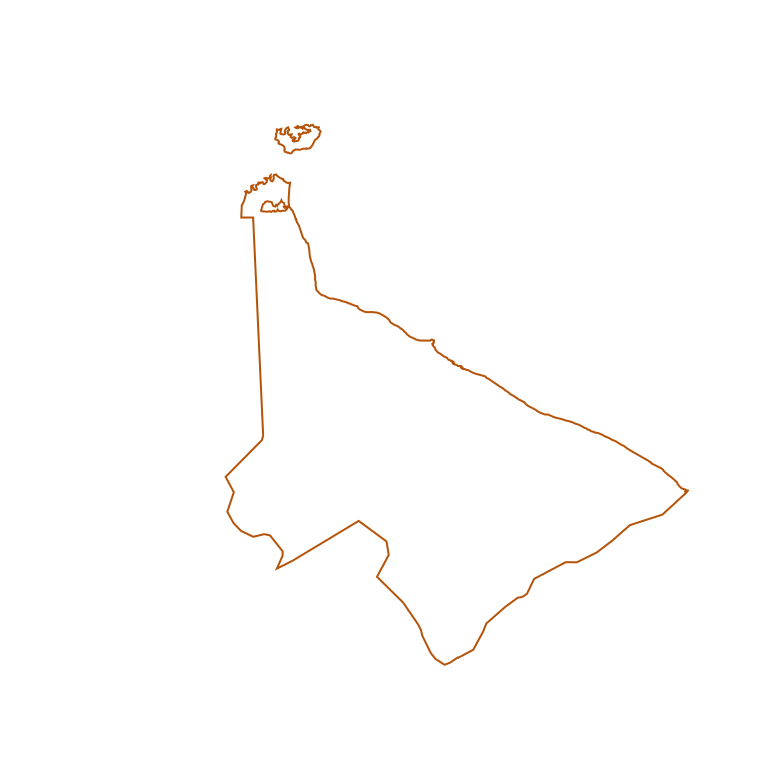 Dhubab, Ta`izz, Yemen (Mercator projection), rotated 148°
{"feature_id": "15242507B83156576087304", "entity_name": "Dhubab", "entity_type": "district", "adm_level": 2, "iso_a3": "YEM", "parent_name": "Yemen", "parent_adm1": "Ta`izz", "projection": "mercator", "projection_center": [43.427, 12.956], "detail": "fine", "context": "isolated", "style": "outline", "palette": "amber", "viewbox_px": 768, "rotation_deg": 148, "n_neighbors": 0, "source": "geoboundaries", "source_scale": "gbopen_adm2", "svg_char_len": 6143}
<svg xmlns="http://www.w3.org/2000/svg" viewBox="0 0 768 768"><g transform="rotate(148 384 384)"><path d="M374.0,130.3L359.9,139.2L324.3,136.6L314.9,130.6L292.8,128.4L273.5,130.2L250.3,134.0L217.1,125.7L185.6,131.6L185.7,133.1L184.4,134.2L183.8,132.5L184.0,132.2L182.7,132.5L182.7,132.8L183.4,133.2L183.7,132.9L183.9,133.5L183.3,134.1L183.9,133.9L184.5,134.5L184.5,135.0L187.0,137.8L187.1,139.1L187.7,140.4L188.0,144.0L187.6,145.3L189.5,152.1L191.1,156.0L192.9,161.9L192.7,163.4L193.6,165.7L199.3,175.0L199.0,175.9L200.0,177.4L200.3,178.5L209.0,194.6L212.0,200.6L213.4,204.4L215.1,207.0L217.7,212.4L220.8,216.8L221.6,218.7L224.8,223.1L225.6,225.0L228.0,228.4L229.6,230.1L231.2,231.3L231.3,232.0L233.2,234.0L233.9,235.2L234.0,236.2L235.3,237.2L236.1,239.4L237.2,240.7L240.2,246.0L243.4,249.8L244.0,251.1L247.1,254.8L249.0,256.4L249.6,257.5L250.5,258.3L251.9,260.1L256.8,265.0L261.0,271.1L263.8,273.0L267.0,277.2L268.6,280.3L269.1,281.9L273.5,289.2L274.6,292.5L274.7,294.3L275.4,295.5L275.9,295.9L276.9,298.0L277.6,298.8L280.5,305.3L282.7,309.3L282.6,310.0L284.1,313.6L284.6,314.2L285.3,317.0L287.0,320.2L292.8,333.4L293.7,334.6L294.1,336.8L300.9,344.2L303.2,347.3L305.0,350.8L306.7,352.4L307.7,354.0L308.5,354.4L309.0,354.9L309.7,355.9L310.0,357.0L309.2,357.4L309.1,355.6L308.8,355.5L308.7,356.7L309.2,358.4L311.7,360.0L312.2,361.4L314.5,364.2L314.7,364.9L314.3,365.8L314.9,367.8L314.6,367.9L314.4,367.5L313.7,365.5L313.8,364.8L313.5,364.9L313.3,365.7L314.3,367.9L316.5,370.4L316.8,373.1L318.5,375.5L320.5,380.5L321.4,381.7L321.8,383.3L322.1,385.5L321.7,388.1L322.1,390.2L321.9,392.1L321.7,392.5L321.0,392.6L320.7,392.2L320.3,392.6L320.6,392.7L320.0,392.6L319.5,393.7L319.0,393.7L318.5,394.5L320.0,396.5L320.0,397.3L320.2,396.5L320.6,396.3L322.2,396.5L330.6,401.9L333.3,404.7L334.9,407.7L335.8,408.6L337.1,410.8L338.2,414.1L338.2,415.4L339.1,418.0L339.1,419.1L341.9,426.1L343.6,428.2L345.8,432.7L345.7,436.0L346.8,439.4L350.1,445.8L352.4,448.5L356.1,451.4L360.0,453.7L362.5,455.9L365.4,460.7L365.6,461.8L365.4,464.1L367.3,466.0L368.7,468.1L369.4,468.6L370.1,470.2L370.8,470.6L372.9,473.6L376.4,477.3L376.7,478.1L382.3,483.7L384.0,484.7L385.6,486.4L387.6,490.0L389.9,492.9L390.7,495.2L391.5,500.0L390.8,500.9L389.9,503.5L388.9,505.2L388.3,505.8L386.5,510.5L385.7,511.0L384.7,513.4L382.5,519.0L382.1,521.4L381.3,523.6L380.9,526.3L379.7,530.1L378.6,533.0L375.9,538.1L373.9,543.7L374.9,545.3L374.5,547.6L375.1,550.3L375.0,552.0L372.2,563.3L372.1,567.4L371.8,568.1L371.6,570.4L371.1,570.4L371.1,572.2L370.4,574.6L370.0,578.7L369.6,579.4L370.1,580.8L370.1,583.2L370.9,584.6L371.7,584.9L374.1,583.6L376.2,583.4L379.0,585.1L380.4,585.3L381.5,586.5L381.8,587.3L381.7,588.2L383.9,587.4L385.1,587.8L385.6,588.5L385.4,589.2L386.5,589.7L388.5,589.7L389.3,591.0L391.3,591.7L396.1,595.2L396.5,596.0L391.6,600.5L389.5,600.6L388.2,601.4L386.1,600.8L382.9,597.8L383.5,593.7L382.3,592.1L381.3,592.3L380.5,593.2L379.9,592.8L379.9,592.0L379.5,592.4L378.1,592.4L375.0,593.2L373.7,594.1L374.0,592.6L372.9,590.5L373.7,587.9L374.4,587.4L375.1,587.4L374.9,586.0L374.3,585.7L372.8,586.1L370.1,585.4L368.6,588.6L365.6,593.2L359.6,601.4L356.9,604.4L358.5,604.9L360.0,606.6L361.4,609.8L361.4,610.4L361.0,610.7L361.0,611.7L361.9,612.2L362.9,613.8L364.2,616.8L364.4,618.9L365.9,619.1L366.5,619.7L367.9,618.5L367.9,617.7L369.2,616.0L371.3,615.1L372.4,616.6L371.8,617.8L370.2,619.6L370.1,620.3L369.5,621.1L370.5,620.9L371.0,620.0L371.5,619.6L373.0,619.6L374.0,620.0L374.3,620.9L375.3,621.7L376.3,621.8L375.3,618.6L376.6,617.4L379.0,616.8L380.2,617.4L379.8,619.0L380.1,619.5L381.4,620.2L382.1,619.7L382.6,619.8L383.3,621.1L383.8,621.4L384.4,620.8L384.5,620.0L385.0,619.8L386.4,620.4L387.2,620.4L387.9,619.3L388.4,616.8L389.4,616.4L391.1,617.2L391.3,617.9L390.8,619.1L391.3,620.0L391.3,621.1L389.9,621.9L391.5,622.3L392.1,621.8L392.6,620.3L393.3,619.8L393.7,618.5L395.0,617.7L396.6,617.5L397.7,617.9L397.9,618.3L397.6,618.5L397.7,619.6L398.1,620.5L399.8,620.6L399.6,619.0L404.7,614.2L407.4,612.2L409.8,611.1L416.8,600.8L406.8,594.5L513.8,404.3L517.3,401.1L567.5,389.2L568.7,371.8L584.6,358.7L585.3,345.7L583.1,335.2L575.8,323.7L565.1,320.1L560.9,316.0L558.6,295.8L561.0,292.1L572.7,284.2L555.3,282.6L478.0,281.3L465.3,249.1L470.6,236.5L492.1,224.2L483.6,188.6L482.5,162.6L483.0,155.9L484.9,150.4L486.9,131.1L486.1,123.7L481.4,113.8L475.8,112.7L466.3,113.0L466.1,112.5L449.2,111.3L431.0,121.6L424.1,126.7L398.9,130.8L383.7,131.9L381.4,130.8L378.5,130.1L374.0,130.3ZM323.4,623.6L321.4,623.3L320.9,623.7L320.2,623.7L317.9,624.6L313.8,627.2L312.4,627.6L310.2,627.6L309.2,628.3L307.6,628.6L306.6,629.4L306.5,630.1L305.9,630.6L304.1,631.4L303.8,632.3L304.7,634.6L303.8,636.1L303.2,636.2L303.2,636.5L305.4,637.1L305.8,637.7L305.6,638.2L307.0,638.9L307.2,639.4L307.0,641.5L307.7,641.5L308.8,642.3L309.5,641.8L310.8,642.2L311.4,644.0L312.0,644.6L313.3,645.3L315.9,645.1L319.1,646.3L319.8,646.9L320.5,648.6L321.8,648.2L323.2,648.5L322.8,647.5L321.9,646.8L320.3,646.4L320.2,646.7L318.9,646.0L318.2,645.0L318.2,644.8L317.5,644.2L317.6,643.6L316.3,643.9L315.9,643.5L315.6,643.0L315.8,642.5L314.2,639.7L312.1,638.9L312.4,637.5L313.7,637.8L314.9,637.4L315.6,638.1L317.0,638.0L317.7,639.1L319.1,639.2L319.2,640.1L322.1,639.5L322.7,639.8L323.1,641.2L323.8,641.4L324.1,641.0L323.9,638.2L324.5,637.6L325.7,637.7L327.0,636.2L328.3,635.9L332.2,637.6L332.5,638.3L332.3,639.2L330.5,639.2L330.3,638.9L329.9,639.2L328.9,639.3L328.7,639.6L329.4,641.0L331.4,641.4L332.0,641.9L332.3,642.9L330.0,644.6L331.2,645.3L332.2,645.3L332.6,645.8L332.8,646.7L332.0,649.4L331.6,649.6L330.4,649.3L329.8,649.6L329.3,652.5L330.6,652.7L332.8,652.0L334.4,650.8L334.8,648.8L335.6,648.6L336.9,648.8L339.0,650.6L339.2,651.4L335.9,654.9L336.6,655.2L338.2,655.0L340.0,656.7L341.2,654.5L342.1,653.8L342.9,653.5L344.5,650.6L345.8,650.3L346.5,649.1L344.7,646.7L344.6,645.7L344.9,644.8L345.7,644.5L345.9,643.6L343.4,640.2L343.0,638.5L342.9,637.8L343.7,635.9L344.7,635.1L344.9,633.3L343.5,631.9L343.4,631.3L342.5,630.9L341.8,629.7L340.5,628.8L339.6,628.8L337.8,629.9L336.7,629.9L336.2,629.6L334.8,629.8L331.0,627.1L328.0,626.4L325.8,625.2L325.6,624.7L324.9,624.8L323.4,623.6Z" fill="none" stroke="#b45309" stroke-width="2"/></g></svg>